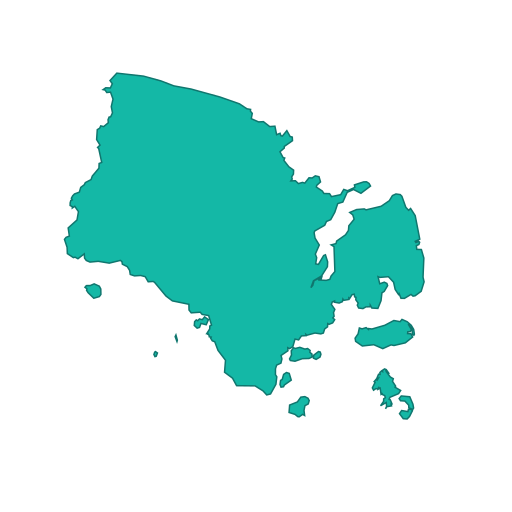 South Malekula, Malampa, Vanuatu (Albers equal-area conic projection), rotated 16°
{"feature_id": "77236927B78933945874407", "entity_name": "South Malekula", "entity_type": "district", "adm_level": 2, "iso_a3": "VUT", "parent_name": "Vanuatu", "parent_adm1": "Malampa", "projection": "albers", "projection_center": [167.766, -16.475], "detail": "fine", "context": "isolated", "style": "filled", "palette": "teal", "viewbox_px": 512, "rotation_deg": 16, "n_neighbors": 0, "source": "geoboundaries", "source_scale": "gbopen_adm2", "svg_char_len": 6122}
<svg xmlns="http://www.w3.org/2000/svg" viewBox="0 0 512 512"><g transform="rotate(16 256 256)"><path d="M71.8,118.6L67.3,127.6L70.4,130.0L69.7,134.6L65.2,135.7L63.2,138.2L65.2,138.1L67.5,140.0L71.0,138.6L75.3,144.6L75.7,152.3L78.6,158.0L77.9,162.3L76.5,162.9L76.2,165.8L77.3,168.6L73.9,173.6L70.9,173.7L70.5,176.2L68.6,178.3L70.7,188.0L75.5,192.4L73.8,195.3L75.2,196.1L81.9,208.6L79.7,210.3L80.8,214.9L76.6,224.3L76.4,228.0L71.7,232.5L71.3,234.8L68.6,238.4L68.6,243.3L64.4,246.4L63.2,248.7L62.6,251.4L63.9,252.7L62.7,253.6L62.7,256.1L63.4,258.7L65.9,259.2L66.2,260.5L68.1,258.2L73.1,262.3L74.0,270.7L67.7,280.8L71.1,288.3L68.3,290.4L67.3,292.8L72.0,299.7L74.0,305.7L80.9,307.9L82.4,307.0L85.6,307.7L90.3,301.3L91.8,305.3L94.1,307.1L98.1,307.6L105.8,304.6L116.9,303.3L126.9,297.6L128.7,298.4L129.8,300.7L135.2,301.7L138.5,304.7L140.2,308.4L144.7,308.6L150.5,306.5L155.2,306.4L159.5,310.5L164.2,308.8L165.8,309.3L180.5,319.3L188.0,322.2L204.8,320.9L206.5,326.4L209.4,328.5L217.9,325.4L220.3,327.0L226.9,326.3L232.3,334.7L230.9,336.0L231.6,338.8L230.2,343.7L231.5,342.9L230.3,344.3L232.5,344.8L233.4,346.6L235.3,346.3L235.1,347.6L237.4,349.6L240.0,349.8L245.5,357.2L255.4,364.6L257.8,376.4L267.1,379.9L273.1,386.0L290.9,381.1L299.9,383.7L304.6,386.6L308.0,384.6L310.5,373.8L309.3,366.4L307.4,364.7L305.8,359.0L305.9,355.2L309.5,352.1L309.3,347.8L307.5,344.7L312.8,338.3L311.8,335.4L313.8,335.8L316.4,333.0L316.4,325.1L320.1,324.9L321.7,320.3L326.2,318.7L325.6,317.6L326.8,318.1L333.9,313.8L339.8,313.0L342.0,311.5L342.1,307.2L344.3,304.4L343.6,301.2L345.1,301.5L348.1,299.2L349.2,295.5L346.9,294.3L347.7,292.4L346.1,289.0L346.5,285.6L341.8,281.8L342.0,279.1L343.9,277.6L344.1,278.8L348.9,278.3L351.6,276.1L351.4,273.4L352.6,274.4L357.2,272.2L356.8,270.7L357.7,271.1L359.0,266.7L360.9,265.6L362.1,268.1L363.5,268.2L364.0,270.6L367.2,273.1L366.9,275.3L369.0,277.7L373.3,277.1L375.7,274.6L379.8,273.3L379.4,271.8L381.7,274.1L387.6,272.8L388.5,264.5L387.2,256.7L389.0,254.7L390.7,248.2L389.4,246.3L386.5,245.8L382.6,248.6L379.0,242.2L381.0,242.4L389.0,239.4L395.5,243.3L399.0,249.8L403.6,253.7L403.9,252.7L407.0,256.7L410.4,255.8L415.6,250.2L418.0,251.3L419.9,250.4L424.5,244.4L424.7,234.5L422.4,230.3L417.9,211.7L413.2,204.2L408.7,205.3L407.3,201.8L409.4,200.1L409.5,197.7L408.4,197.1L406.0,199.0L405.0,198.0L408.8,194.7L397.9,173.3L391.5,167.7L390.1,170.0L386.6,167.9L379.8,158.4L377.7,157.2L373.4,157.8L370.5,160.3L368.9,166.1L362.6,173.7L349.1,181.3L347.1,180.9L339.9,183.6L334.1,188.3L337.7,189.8L340.2,193.6L336.9,201.3L337.8,206.0L336.2,211.0L329.4,219.4L329.5,222.0L325.2,224.6L328.4,225.5L336.1,249.2L333.7,254.5L333.4,258.1L330.2,260.1L322.4,261.9L325.0,259.9L325.0,258.1L318.6,263.7L318.7,268.6L317.5,271.3L318.1,263.9L324.5,257.1L327.6,246.6L326.5,241.9L322.4,235.7L320.9,236.9L318.3,246.9L315.5,247.1L314.8,240.9L312.5,237.8L313.8,228.0L307.8,222.5L305.4,217.5L305.6,215.7L313.6,207.5L314.2,203.4L317.8,200.5L319.7,192.2L320.1,183.1L324.6,180.2L326.1,169.7L331.4,165.2L339.6,166.8L346.8,157.2L344.7,155.1L341.8,154.2L339.0,155.1L331.0,160.5L332.1,162.8L326.0,168.0L322.0,167.8L320.5,173.7L312.2,178.1L309.5,175.8L304.0,177.2L301.9,175.3L295.0,173.1L294.9,171.4L297.6,167.0L294.7,162.4L290.9,162.6L288.5,165.5L285.4,166.2L282.8,172.5L280.5,172.4L276.8,174.7L273.1,172.8L268.8,174.2L269.6,172.0L268.5,170.1L269.4,166.9L268.5,163.1L263.0,161.2L256.4,156.4L256.6,153.9L254.9,153.9L250.3,149.2L253.4,144.5L253.0,142.9L259.3,135.1L258.1,131.7L255.8,131.7L251.1,127.0L248.3,133.5L246.8,133.5L245.3,131.4L242.4,133.7L238.4,126.0L233.5,127.8L226.1,124.8L221.5,126.4L213.6,125.3L213.1,119.9L210.7,118.3L210.4,116.6L206.6,117.0L198.2,114.3L177.7,113.1L147.6,113.4L130.1,115.1L116.4,113.9L98.3,114.1L71.8,118.6ZM413.3,304.0L423.5,298.3L428.9,290.7L426.2,288.1L423.1,288.8L422.8,287.0L425.1,286.2L425.6,283.9L421.0,279.4L426.2,283.4L428.0,288.2L429.6,288.6L429.8,287.5L427.8,283.1L424.3,279.8L419.4,277.5L413.8,276.7L412.6,279.4L406.3,280.0L398.9,287.1L387.6,294.2L384.3,294.7L384.4,295.6L381.6,294.5L378.0,296.8L375.2,296.7L375.6,302.7L373.9,307.7L375.3,310.6L383.0,313.2L393.7,308.8L403.4,310.1L410.3,304.2L413.3,304.0ZM409.5,332.2L408.3,331.9L407.2,333.8L407.9,335.6L406.4,335.9L405.8,340.8L407.3,339.6L406.7,342.0L405.4,341.5L404.2,344.2L405.3,344.6L404.2,350.7L406.0,352.6L407.8,350.4L409.6,350.3L410.4,347.8L410.2,350.3L411.8,348.8L414.3,354.4L415.2,352.8L415.0,354.2L418.2,354.7L419.4,356.5L418.1,358.1L418.7,360.6L417.0,365.6L421.6,360.9L423.0,364.6L422.6,367.2L423.3,364.8L427.6,362.7L426.6,361.1L427.5,360.7L424.7,357.2L423.4,357.0L423.7,354.9L431.0,349.0L432.1,345.4L425.8,343.8L426.1,342.6L421.8,338.9L421.8,336.1L418.5,335.3L413.1,331.3L412.6,330.5L416.6,332.6L412.5,329.3L410.7,329.1L409.0,331.1L409.5,332.2ZM344.7,391.2L344.3,386.4L347.0,383.8L347.0,380.3L345.2,378.4L341.7,377.7L338.0,379.3L336.0,384.9L329.4,390.0L330.9,397.3L337.2,397.5L340.4,398.9L341.8,398.7L344.5,395.4L346.7,395.9L344.7,391.2ZM317.8,347.0L322.5,346.4L328.9,341.9L335.2,339.9L337.8,337.6L336.8,334.8L334.2,333.7L334.1,331.9L331.1,330.7L328.7,332.0L323.3,331.7L319.4,334.0L317.4,333.9L316.0,337.4L317.4,341.4L316.6,345.7L317.8,347.0ZM113.7,328.2L108.1,327.4L104.8,330.1L101.1,331.2L100.2,333.2L102.6,334.2L102.6,335.7L104.8,337.6L111.7,341.3L116.6,338.2L117.5,335.7L115.9,330.5L113.7,328.2ZM317.4,359.6L315.2,362.2L315.2,367.5L313.9,368.8L314.5,372.9L316.2,375.2L318.5,374.1L318.8,372.2L324.1,365.6L320.3,359.7L317.4,359.6ZM227.8,330.3L223.4,328.7L221.9,332.0L219.0,332.1L217.8,334.3L216.2,333.9L215.1,336.0L215.8,339.8L219.3,341.6L221.4,340.2L221.7,336.0L227.1,335.8L227.8,330.3ZM434.2,350.5L432.9,353.6L434.8,355.3L439.1,354.4L443.9,357.3L444.7,359.7L449.0,360.3L449.4,358.7L447.7,355.2L442.6,348.9L434.2,350.5ZM444.8,361.4L444.9,363.7L438.6,364.4L437.4,368.0L442.4,371.8L446.2,371.0L447.8,368.0L449.0,361.7L447.7,360.5L444.8,361.4ZM338.8,335.5L339.4,338.4L342.3,338.8L345.4,335.5L345.5,332.6L344.2,330.6L342.4,330.6L338.8,335.5ZM188.0,376.4L185.7,375.6L185.1,376.4L185.0,378.8L186.6,380.6L187.7,379.9L188.0,376.4ZM200.5,355.8L203.6,360.0L203.6,358.6L200.8,354.0L200.5,355.8Z" fill="#14b8a6" stroke="#0f766e" stroke-width="1.5"/></g></svg>